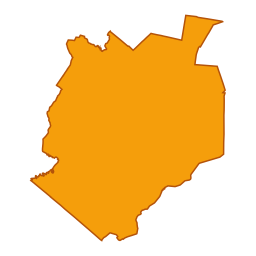 Mālupes pag., Aluksne, Latvia
{"feature_id": "27541924B23418807061987", "entity_name": "Mālupes pag.", "entity_type": "district", "adm_level": 2, "iso_a3": "LVA", "parent_name": "Latvia", "parent_adm1": "Aluksne", "projection": "albers", "projection_center": [27.242, 57.317], "detail": "fine", "context": "isolated", "style": "filled", "palette": "amber", "viewbox_px": 256, "rotation_deg": 0, "n_neighbors": 0, "source": "geoboundaries", "source_scale": "gbopen_adm2", "svg_char_len": 5372}
<svg xmlns="http://www.w3.org/2000/svg" viewBox="0 0 256 256"><path d="M185.8,15.4L184.5,23.2L181.7,40.2L165.9,36.6L163.9,36.2L161.0,35.5L157.2,34.8L152.1,33.7L151.0,33.4L148.7,35.6L146.9,37.2L143.6,40.4L142.9,41.0L142.4,41.4L135.5,48.1L133.1,50.3L128.8,46.1L128.0,46.3L120.1,39.6L110.3,31.6L110.2,31.2L108.8,32.4L108.2,33.3L107.5,34.8L107.6,35.1L107.8,35.3L108.4,35.2L108.9,35.4L109.3,35.7L109.4,35.9L109.5,36.3L109.2,37.5L109.4,38.8L109.4,39.5L109.2,39.9L108.7,40.5L107.6,42.5L107.2,43.1L106.3,43.4L105.8,43.6L105.6,44.0L105.4,44.3L105.1,45.3L104.9,45.7L104.9,46.0L106.4,48.6L106.6,49.0L106.4,49.4L106.1,49.6L104.9,49.7L104.3,49.9L103.0,50.7L102.5,51.2L102.3,51.0L101.8,51.1L101.7,50.7L101.4,50.7L101.2,50.4L101.2,49.9L101.0,49.7L100.3,49.8L100.2,49.7L100.2,49.0L100.1,48.6L100.4,48.6L100.9,48.6L101.0,48.4L101.0,48.2L100.7,48.0L100.4,48.0L100.2,48.0L99.9,48.3L99.7,48.3L99.6,48.2L99.7,47.5L99.7,47.4L99.5,47.7L99.3,47.8L98.7,47.4L98.5,46.9L98.3,46.6L98.4,46.1L97.8,45.6L97.6,45.6L97.5,45.9L97.3,46.0L97.0,45.9L96.9,46.0L96.8,46.3L96.7,46.5L95.9,46.6L95.6,46.6L94.8,46.0L94.2,45.1L93.6,44.6L92.2,44.5L91.3,44.0L90.7,44.0L90.1,43.4L88.9,43.0L88.2,42.4L88.0,42.0L87.7,41.3L87.4,39.8L87.2,39.3L86.2,38.7L84.6,37.9L84.4,37.3L84.5,36.4L80.5,35.2L80.2,35.4L79.6,36.8L79.2,37.3L78.3,37.4L76.1,37.2L74.5,40.5L71.9,40.2L68.3,40.0L66.7,43.4L66.6,43.7L66.6,44.6L67.1,45.4L67.3,46.8L67.9,48.7L69.5,52.4L69.9,53.2L71.3,54.7L72.1,56.8L72.8,57.3L71.3,60.5L70.3,65.0L67.4,69.1L67.5,69.2L64.8,73.1L63.3,75.6L63.2,75.5L56.9,84.7L56.9,85.0L56.5,85.2L56.5,85.4L59.4,87.1L61.9,89.3L61.6,89.5L60.5,91.1L60.2,92.6L59.7,93.4L59.4,94.1L58.9,94.8L57.9,95.7L57.5,96.2L57.4,97.1L56.9,97.7L56.1,99.7L55.5,100.9L53.7,102.2L51.5,105.8L49.9,107.1L49.7,107.4L49.1,110.3L49.0,110.8L47.4,111.8L47.1,113.5L47.7,115.5L48.0,116.7L48.4,117.2L49.0,118.4L49.0,118.7L48.8,120.3L50.1,122.9L50.2,124.0L50.6,125.4L50.6,125.7L50.3,126.7L48.7,128.9L48.1,130.1L48.1,130.5L48.3,130.8L48.3,132.9L45.9,136.1L43.0,139.1L43.1,141.1L43.0,143.7L42.5,148.8L42.5,150.5L42.7,151.4L42.8,151.5L46.5,153.5L47.0,154.7L47.9,154.3L47.9,154.5L48.0,155.2L48.1,155.3L48.6,155.3L48.8,155.1L49.5,155.2L49.5,155.3L49.3,155.7L48.9,155.9L48.9,156.2L49.1,156.5L49.4,156.5L49.8,156.3L50.1,156.1L50.4,155.7L50.6,155.8L50.9,156.0L50.9,156.3L51.1,156.5L52.4,156.8L52.5,157.1L52.4,157.1L52.3,157.3L52.4,157.5L53.1,157.6L53.5,157.5L54.4,158.1L55.0,157.5L55.7,157.1L56.4,157.2L57.0,157.6L57.9,158.6L58.0,158.8L57.6,159.3L57.9,159.6L58.3,159.6L58.5,160.0L58.6,160.3L58.5,160.7L58.4,160.9L58.0,161.5L58.1,162.0L58.0,162.3L55.8,164.4L54.8,165.4L53.4,167.4L53.2,167.9L53.0,168.3L52.5,168.6L52.4,168.8L52.4,169.1L52.6,169.5L53.1,170.0L53.6,171.2L53.6,171.6L53.4,172.4L53.2,172.8L52.8,173.0L52.6,172.9L52.1,172.6L51.8,172.4L51.6,172.1L51.6,171.9L52.1,171.6L52.1,171.4L51.9,171.1L51.7,170.8L51.8,169.9L51.5,169.7L51.3,169.7L50.5,170.1L49.7,171.2L49.3,171.5L49.0,171.7L48.6,171.6L48.3,171.9L48.2,172.2L48.3,172.5L48.6,172.8L48.6,173.0L48.4,173.2L48.1,173.1L48.0,172.9L47.6,172.5L47.2,172.4L46.8,172.5L46.4,172.9L46.2,173.2L46.2,173.4L46.5,174.0L46.3,174.5L46.1,174.6L45.8,174.4L45.0,174.0L44.6,173.6L44.1,173.6L43.7,173.5L43.5,173.3L43.2,173.1L42.5,173.3L42.4,173.5L42.5,173.7L42.9,174.0L43.0,174.1L43.0,174.7L43.0,174.9L42.9,175.0L43.1,175.4L43.4,175.6L43.8,175.4L44.0,175.4L44.1,175.7L43.9,175.9L43.6,176.1L42.8,175.7L42.3,175.6L41.7,175.7L41.2,175.3L40.2,174.1L39.7,174.3L39.6,174.5L39.7,175.4L39.6,175.7L39.5,175.8L39.0,175.9L38.6,175.9L38.6,176.3L38.5,176.6L38.3,176.9L37.5,177.0L37.3,176.8L36.9,176.8L36.6,176.6L36.3,176.0L36.0,175.7L35.7,175.7L35.6,175.9L35.5,176.1L35.6,176.3L35.5,176.6L35.7,177.4L36.6,178.0L36.6,178.4L36.4,178.5L35.8,177.8L35.6,177.7L35.4,177.7L34.7,178.2L34.4,178.3L33.1,178.3L31.3,178.5L31.1,178.7L31.0,178.8L31.1,179.0L31.3,179.2L32.2,179.2L32.4,179.4L32.4,179.7L32.1,180.0L31.1,180.4L30.9,180.6L31.3,180.8L50.7,196.9L50.6,197.0L54.7,200.4L60.8,205.4L65.0,209.2L73.4,216.2L95.4,235.2L99.8,239.1L101.7,240.6L101.8,240.6L101.8,240.1L102.0,239.7L103.8,237.6L105.7,236.5L109.9,232.9L110.3,232.9L116.4,234.7L117.7,236.3L117.8,236.5L116.9,237.6L117.0,237.9L118.5,239.9L119.8,240.4L120.1,240.4L122.6,238.9L122.9,238.9L123.2,239.2L123.4,239.1L124.7,238.0L127.7,236.7L131.9,235.4L136.7,233.8L136.9,233.4L137.8,228.2L137.5,227.6L137.1,224.8L137.0,222.8L135.8,220.0L137.0,216.8L138.3,215.2L140.2,214.5L140.9,214.0L141.1,213.6L140.7,212.0L142.1,210.3L143.7,209.9L144.0,209.7L145.1,209.2L147.3,209.1L147.6,208.8L149.5,206.0L154.5,202.9L159.7,196.5L161.8,191.5L161.6,191.2L162.0,190.6L162.3,190.1L162.7,190.3L163.0,190.1L163.0,189.7L163.2,189.1L163.4,189.1L163.6,188.7L164.0,188.8L164.2,189.0L164.3,188.9L164.4,188.7L164.7,188.7L164.8,188.4L164.7,188.2L164.8,187.8L164.7,187.6L166.0,186.9L168.0,185.9L175.1,186.6L178.3,185.6L180.3,184.9L184.9,180.8L189.4,180.0L190.3,179.4L190.7,178.9L190.9,177.9L190.7,175.5L190.8,175.0L191.0,174.4L198.9,163.6L199.5,163.2L219.9,157.1L223.6,154.2L223.7,142.3L224.0,134.1L223.9,115.3L224.1,110.3L224.2,100.4L224.1,96.0L225.0,93.0L222.9,92.7L225.1,90.3L225.1,90.0L225.0,89.8L223.3,84.3L220.8,76.9L220.4,75.7L218.6,70.6L217.2,66.3L194.9,64.6L196.2,54.9L196.3,54.7L196.4,54.0L198.5,47.7L199.6,46.5L200.4,46.9L206.4,36.6L207.9,34.0L208.1,33.9L208.7,32.9L212.6,26.1L213.2,24.9L217.5,23.5L222.6,21.7L222.2,21.3L207.3,18.8L198.1,17.4L196.4,16.6L185.8,15.4Z" fill="#f59e0b" stroke="#b45309" stroke-width="1.5"/></svg>